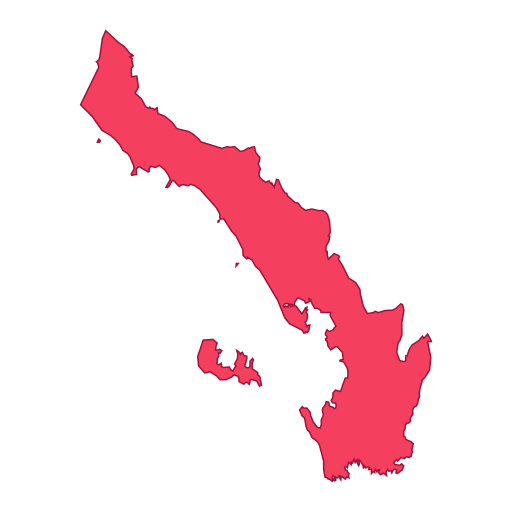 the district of Tapanuli Tengah, Sumatera Utara, Indonesia
{"feature_id": "22746128B86210793324026", "entity_name": "Tapanuli Tengah", "entity_type": "district", "adm_level": 2, "iso_a3": "IDN", "parent_name": "Indonesia", "parent_adm1": "Sumatera Utara", "projection": "equal_earth", "projection_center": [98.833, 1.868], "detail": "fine", "context": "isolated", "style": "filled", "palette": "rose", "viewbox_px": 512, "rotation_deg": 0, "n_neighbors": 0, "source": "geoboundaries", "source_scale": "gbopen_adm2", "svg_char_len": 6101}
<svg xmlns="http://www.w3.org/2000/svg" viewBox="0 0 512 512"><path d="M80.6,104.7L92.5,116.8L101.9,130.3L110.1,135.1L115.7,139.8L119.9,144.9L123.0,150.5L127.7,153.6L129.7,156.3L133.7,165.7L134.0,169.1L131.2,174.1L131.7,175.3L136.7,174.4L136.2,169.2L138.1,167.2L139.5,166.8L148.2,172.0L149.2,171.4L149.2,168.8L150.0,167.1L151.3,166.3L155.2,167.5L159.5,165.4L165.0,170.0L168.7,175.6L170.3,179.7L165.9,187.2L167.3,187.6L168.8,186.5L172.3,180.7L173.5,180.5L179.3,186.5L180.9,185.1L183.4,184.7L188.3,185.8L190.4,184.3L194.5,185.6L199.8,189.1L216.2,207.5L219.8,213.9L219.8,218.0L220.6,219.0L223.8,218.9L231.7,231.3L236.0,236.0L242.8,249.3L243.1,255.5L246.6,258.8L248.0,258.5L247.8,257.5L252.2,260.2L255.5,266.3L260.0,270.5L277.7,300.3L284.8,317.8L289.5,323.7L302.4,330.3L303.8,333.1L305.1,333.0L305.6,331.8L307.4,332.5L308.7,330.8L309.9,325.0L308.0,325.3L306.9,326.6L305.2,322.4L306.5,320.8L307.5,316.9L307.4,314.4L306.0,312.1L307.5,309.9L306.3,309.6L307.0,307.3L305.7,307.7L301.9,313.9L296.0,306.0L292.4,305.7L290.7,306.6L289.4,304.6L288.2,304.8L288.0,307.3L285.7,306.0L284.8,307.1L283.8,306.7L283.4,305.8L284.3,304.1L287.0,303.4L294.3,305.2L294.7,302.1L297.8,297.7L304.4,300.7L305.6,303.3L309.6,301.6L308.9,298.6L310.6,299.4L312.4,304.5L314.9,308.5L317.3,308.3L320.8,310.4L321.0,312.5L330.8,312.5L330.0,315.2L336.0,326.2L333.9,328.2L333.8,329.3L330.2,331.3L328.7,331.3L327.1,329.7L325.4,333.1L325.5,335.0L326.9,336.4L326.7,338.4L325.6,338.8L325.9,340.7L327.1,340.9L327.9,345.9L330.8,349.9L335.6,346.7L337.1,346.6L342.4,352.4L343.3,359.4L340.1,360.1L339.8,360.8L343.7,362.0L347.1,367.7L347.9,370.7L347.9,377.1L347.5,378.0L345.2,378.1L340.5,391.5L335.4,390.1L333.0,393.0L332.6,398.1L331.1,400.3L332.5,402.9L335.6,403.0L336.2,406.3L335.5,408.2L334.2,408.5L333.1,407.2L329.7,406.3L328.7,402.1L326.2,401.6L325.6,404.4L322.7,408.3L322.4,409.9L323.3,415.0L321.2,420.4L321.4,424.2L320.1,428.2L317.3,427.3L313.2,421.9L310.8,416.0L310.3,412.5L306.8,408.0L303.8,408.2L302.3,406.6L299.6,410.0L301.9,415.7L304.6,418.1L306.1,426.7L307.6,430.4L309.3,431.6L311.9,437.4L317.5,441.7L319.5,445.4L323.6,460.8L323.7,470.2L325.1,477.4L327.1,477.6L328.0,479.0L329.9,479.4L332.1,481.3L333.0,480.7L332.1,478.0L333.0,475.8L334.9,476.8L333.7,479.2L334.8,480.8L335.7,480.3L335.6,477.7L337.5,477.9L339.4,475.5L340.3,476.1L339.7,478.1L340.8,479.8L341.0,477.8L342.1,476.5L345.1,479.1L347.0,476.7L349.0,477.8L348.5,475.7L349.1,473.5L347.8,472.4L347.1,470.3L345.4,470.0L344.8,467.5L345.9,466.5L347.4,467.7L348.5,462.4L351.2,464.5L351.2,462.1L352.6,463.1L353.9,459.2L355.2,462.6L356.7,459.7L357.6,459.4L357.2,462.7L358.6,465.7L359.4,464.1L359.0,461.4L359.7,460.0L362.9,465.1L363.5,468.5L364.3,465.8L365.8,468.0L367.7,466.8L369.3,467.1L368.6,469.6L371.3,469.1L371.4,473.5L372.9,471.7L374.8,472.6L374.6,470.6L375.4,469.3L376.8,471.8L377.9,469.9L379.4,469.6L378.4,472.5L380.5,474.7L383.7,473.1L386.5,475.5L386.0,472.2L387.7,469.6L388.7,471.1L390.9,470.8L391.8,472.9L393.1,470.0L394.6,469.2L396.7,470.0L395.9,472.8L397.1,473.6L402.4,469.7L403.7,465.9L401.6,463.8L399.7,465.3L394.8,464.5L393.8,462.8L396.2,459.8L396.8,459.4L397.7,461.0L401.0,457.5L404.6,458.6L406.3,456.6L409.0,457.5L411.2,456.2L411.6,453.3L412.6,451.9L411.8,450.4L413.3,443.7L410.6,441.5L405.9,439.5L405.2,437.1L403.8,436.3L403.7,431.3L405.1,428.7L405.2,425.5L406.9,423.1L408.8,423.0L410.5,421.1L410.0,418.6L412.9,414.0L412.6,410.4L413.6,407.5L416.2,406.0L417.6,403.8L418.4,398.9L419.6,396.9L419.2,392.8L420.0,388.4L422.4,379.8L425.0,377.2L429.6,370.1L430.8,357.5L427.6,341.6L431.4,341.6L431.3,341.0L427.6,334.0L424.0,338.3L422.5,336.1L418.8,340.6L411.9,345.1L409.1,349.7L407.1,355.8L405.8,355.8L405.6,361.1L403.3,361.6L399.6,360.5L396.7,352.1L398.2,342.4L399.5,341.5L401.9,334.8L401.8,322.7L403.9,310.3L402.6,304.7L400.9,303.8L395.6,308.6L392.4,310.2L385.2,310.5L378.4,312.6L375.3,311.3L373.1,312.7L367.4,313.5L363.3,306.2L360.3,293.8L359.9,289.3L355.6,282.5L348.7,278.1L342.6,265.7L338.4,259.1L339.4,256.7L338.7,255.6L334.1,253.6L328.4,259.2L327.3,255.6L327.2,252.0L326.8,252.4L325.9,250.3L326.1,246.3L328.9,241.0L329.8,236.3L328.3,235.9L330.0,233.4L330.2,230.7L329.5,221.2L327.5,214.6L325.3,212.1L322.8,210.4L319.1,210.7L311.9,209.0L305.5,210.3L301.3,207.5L298.2,203.2L294.9,202.4L287.6,196.0L286.8,193.4L285.0,193.0L281.6,187.7L278.3,179.7L276.5,179.4L274.2,187.2L272.0,183.4L271.9,184.2L270.0,182.8L269.5,181.1L267.9,181.1L266.1,182.5L262.3,179.9L259.8,177.4L259.0,174.3L259.2,171.5L260.5,169.1L258.3,164.4L258.3,162.8L259.3,161.4L259.9,157.6L255.9,152.8L254.4,146.8L251.1,147.3L249.9,148.4L248.4,147.9L243.2,151.0L240.1,151.3L234.6,146.7L230.4,147.3L227.2,146.6L222.1,148.4L200.8,141.9L199.0,139.3L193.1,134.2L188.7,131.5L176.9,128.7L171.9,122.1L164.6,116.1L157.9,113.6L157.1,107.7L154.2,109.7L153.2,108.5L150.4,108.3L149.9,107.1L148.9,108.1L145.9,107.0L141.4,98.8L135.1,93.2L138.4,87.3L136.8,76.0L131.6,76.7L131.2,68.5L133.1,66.2L131.8,60.1L132.2,58.6L130.0,56.7L133.2,55.8L131.2,53.7L131.7,55.1L130.9,54.7L124.5,46.8L118.4,42.5L105.7,30.7L102.3,38.8L99.7,57.4L98.5,60.5L96.4,61.7L97.5,62.8L98.8,67.2L80.6,104.7ZM215.8,347.0L217.1,343.0L213.0,339.4L203.2,340.1L197.7,356.6L198.6,365.9L204.8,373.0L210.0,371.8L216.9,376.1L219.9,379.7L225.8,379.7L232.0,376.8L234.1,374.9L238.0,376.3L239.0,379.2L239.0,381.6L243.8,384.2L245.5,382.5L247.3,382.3L249.2,384.4L249.9,382.5L249.8,380.4L251.7,379.4L256.8,381.1L259.4,386.1L261.5,385.1L260.1,378.0L259.6,376.3L257.7,374.9L257.7,372.5L252.2,368.7L252.2,362.8L253.6,360.1L252.6,358.5L250.1,361.1L249.9,366.3L248.5,367.8L246.4,367.5L244.7,366.3L246.8,358.7L246.8,356.1L244.1,355.8L242.4,352.3L241.0,353.0L240.4,354.4L238.7,351.6L236.7,350.4L237.8,354.4L237.4,358.7L234.5,364.2L236.0,365.6L232.7,371.1L230.4,369.4L229.4,367.0L223.7,367.5L221.6,366.8L221.3,363.2L218.6,364.9L216.7,363.5L217.4,361.6L217.2,358.7L218.8,356.3L218.6,352.8L220.2,353.2L221.8,350.6L219.5,349.2L218.3,350.1L215.8,350.1L215.8,347.0ZM99.4,142.4L100.4,140.8L98.8,139.1L97.3,142.1L99.4,142.4ZM238.3,263.5L236.4,263.4L236.1,266.1L238.3,263.5ZM218.8,222.0L219.5,220.1L218.1,220.9L218.0,222.1L218.8,222.0Z" fill="#f43f5e" stroke="#9f1239" stroke-width="1.5"/></svg>